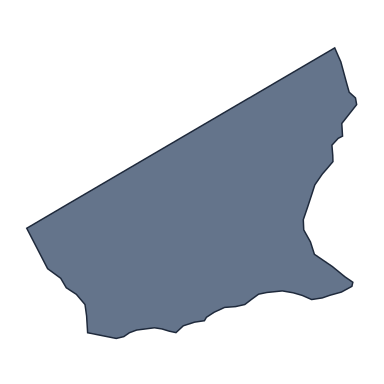 the district of Dédé-Mokouba, Mambéré-Kadéï, Central African Republic, rotated 92°
{"feature_id": "33826404B19731387545693", "entity_name": "Dédé-Mokouba", "entity_type": "district", "adm_level": 2, "iso_a3": "CAF", "parent_name": "Central African Republic", "parent_adm1": "Mambéré-Kadéï", "projection": "equal_earth", "projection_center": [15.345, 3.879], "detail": "fine", "context": "isolated", "style": "filled", "palette": "slate", "viewbox_px": 384, "rotation_deg": 92, "n_neighbors": 0, "source": "geoboundaries", "source_scale": "gbopen_adm2", "svg_char_len": 907}
<svg xmlns="http://www.w3.org/2000/svg" viewBox="0 0 384 384"><g transform="rotate(92 192 192)"><path d="M336.3,291.4L341.0,262.6L338.9,255.1L334.8,249.6L331.9,242.5L329.0,224.8L329.9,217.3L331.9,209.8L333.1,203.1L326.0,196.0L322.0,185.0L320.2,175.1L316.7,173.2L311.4,165.7L306.2,155.4L305.0,144.4L302.6,135.3L297.4,129.0L291.8,121.9L289.8,113.7L287.7,98.3L289.2,87.3L291.5,78.2L295.3,68.7L293.3,58.1L290.4,50.6L286.8,39.2L280.7,28.9L276.6,28.1L271.3,36.4L261.7,49.0L250.0,67.5L237.7,71.9L226.0,79.0L215.8,79.8L202.6,75.8L189.1,71.9L180.6,69.5L169.5,62.4L163.7,57.7L156.7,52.2L150.5,52.6L140.3,53.8L133.3,47.8L130.9,43.5L118.3,44.7L98.9,30.5L92.3,31.9L86.8,38.4L77.1,41.5L56.7,47.8L51.0,50.6L43.0,54.4L78.1,109.8L96.2,138.3L96.3,138.6L207.5,314.2L234.0,355.9L273.7,333.6L282.8,320.2L292.1,314.3L298.3,304.0L308.2,295.0L319.6,293.0L336.3,291.4Z" fill="#64748b" stroke="#1e293b" stroke-width="1.5"/></g></svg>